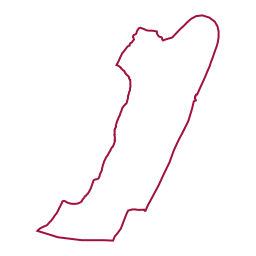 the district of Mad, Vientiane, Laos
{"feature_id": "54806243B62258390491570", "entity_name": "Mad", "entity_type": "district", "adm_level": 2, "iso_a3": "LAO", "parent_name": "Laos", "parent_adm1": "Vientiane", "projection": "albers", "projection_center": [101.829, 18.685], "detail": "fine", "context": "isolated", "style": "outline", "palette": "rose", "viewbox_px": 256, "rotation_deg": 0, "n_neighbors": 0, "source": "geoboundaries", "source_scale": "gbopen_adm2", "svg_char_len": 5445}
<svg xmlns="http://www.w3.org/2000/svg" viewBox="0 0 256 256"><path d="M197.2,94.5L200.0,88.1L202.5,82.7L205.2,76.7L207.6,70.8L209.6,66.4L211.0,61.9L212.9,57.1L214.1,53.4L216.7,46.2L217.8,42.4L218.6,37.1L218.6,31.5L217.5,26.4L214.8,21.7L209.4,17.6L202.4,15.4L196.2,16.1L191.0,18.9L186.7,22.8L183.4,26.2L180.5,28.8L172.1,37.6L168.4,38.6L164.6,39.8L163.1,40.5L162.3,39.7L161.9,37.7L160.9,37.0L159.8,36.9L158.5,36.2L157.9,35.0L157.1,33.9L156.8,31.4L155.2,31.2L153.4,30.8L151.8,30.7L150.4,30.7L148.6,30.6L146.5,30.3L144.5,29.3L141.9,28.3L140.6,27.7L139.0,28.2L138.3,29.1L137.5,30.2L136.9,31.4L136.3,33.5L135.5,34.3L134.6,34.7L133.7,35.0L133.3,35.7L132.9,36.7L133.1,37.2L133.6,38.1L134.0,39.5L133.5,40.2L132.5,41.3L131.8,42.5L130.9,43.0L129.9,43.8L129.7,44.7L129.7,45.5L128.8,45.8L127.6,46.5L126.7,47.6L124.5,50.5L123.8,51.5L122.2,53.2L121.3,55.2L120.2,57.4L119.2,59.9L118.1,62.1L116.5,65.0L117.3,65.3L117.6,65.4L118.3,65.8L118.9,66.1L119.1,66.3L119.4,66.6L119.7,66.8L120.2,67.0L120.4,67.1L120.6,67.3L120.7,67.5L120.8,67.6L120.9,67.9L121.0,68.1L121.0,68.3L121.3,68.6L121.8,69.0L122.1,69.3L122.3,69.5L122.8,70.0L123.4,70.6L123.6,70.6L123.9,70.7L124.0,70.7L124.3,71.1L124.5,71.3L124.6,71.5L124.7,71.8L124.8,72.3L124.9,72.5L125.0,72.8L125.3,73.0L125.5,73.1L125.6,73.3L125.7,73.5L125.8,73.8L125.9,74.0L126.7,74.7L126.9,74.9L127.2,75.1L127.3,75.2L127.4,75.4L127.5,75.6L127.9,75.9L128.3,76.1L128.4,76.3L128.5,76.5L129.2,77.3L129.0,78.0L129.2,78.5L129.4,78.9L129.8,79.8L129.9,80.0L130.2,80.0L130.2,80.5L130.2,80.9L130.3,81.3L130.4,82.1L130.3,82.5L130.3,83.5L130.4,85.5L130.4,86.3L130.4,86.7L130.3,87.4L130.0,88.7L130.0,89.1L130.0,89.8L129.9,90.3L129.8,90.5L129.7,91.1L129.5,91.3L129.1,92.2L129.0,92.7L128.9,93.0L128.8,93.8L128.7,94.1L128.6,94.4L128.6,94.8L128.4,95.1L128.2,95.4L128.1,95.7L128.0,95.9L128.0,96.3L128.0,96.7L128.1,97.8L128.0,98.0L127.9,98.3L127.8,98.7L127.5,99.7L127.3,100.4L127.1,101.3L127.1,101.5L126.8,102.0L126.8,102.3L126.6,102.9L126.5,103.2L126.4,103.5L126.0,103.8L125.7,104.0L125.2,104.4L124.9,104.7L124.4,105.3L124.2,105.5L123.8,105.9L123.6,106.2L123.5,106.4L123.1,107.0L122.9,107.2L122.6,107.4L122.0,109.1L121.7,109.9L121.5,110.3L121.5,110.6L121.3,111.1L121.1,111.6L120.8,112.2L120.6,112.6L120.5,113.0L120.2,113.9L120.2,114.2L120.0,114.4L119.9,114.7L119.8,115.3L119.6,115.7L119.4,115.9L119.4,116.2L119.3,116.4L119.2,116.7L118.7,117.3L118.5,117.8L118.4,118.1L118.2,118.3L118.2,118.6L118.2,118.9L118.1,119.2L118.0,119.4L117.8,119.6L117.7,119.8L117.5,120.3L117.4,120.8L117.2,120.9L117.0,121.2L116.9,121.8L116.7,122.7L116.4,123.6L116.3,123.9L115.9,125.1L115.8,125.4L115.9,125.8L116.0,126.1L116.1,126.4L116.0,126.7L116.0,127.0L115.8,127.2L115.6,127.6L115.4,127.9L115.1,128.4L115.0,128.5L115.0,128.9L115.0,129.1L114.9,129.4L114.6,129.8L114.5,130.1L114.5,130.6L114.7,130.9L114.7,131.2L114.7,131.6L114.6,132.1L114.6,132.9L114.7,134.3L114.8,134.8L114.7,135.0L114.6,135.3L114.4,135.3L114.7,136.4L114.8,137.6L115.0,138.8L114.8,139.0L114.7,139.7L114.7,140.3L114.7,140.5L115.1,140.9L114.6,141.8L114.6,142.0L113.5,145.3L112.9,146.3L112.9,146.6L112.5,146.8L111.6,147.9L111.0,148.9L110.6,149.6L110.5,149.8L110.6,150.2L109.9,151.2L109.3,152.2L108.8,153.1L108.4,154.0L107.5,155.5L106.7,156.5L106.0,157.6L105.4,158.8L104.9,160.0L104.5,160.6L104.1,161.5L103.8,162.5L103.7,162.8L103.3,163.9L103.3,164.2L102.9,164.9L102.7,166.0L102.4,167.2L102.1,168.6L101.9,169.3L101.9,169.8L101.8,170.2L101.4,171.4L100.9,172.3L100.5,172.9L100.2,173.9L99.9,174.4L99.7,174.8L99.7,175.3L99.7,175.8L99.5,176.4L98.7,178.1L97.9,178.8L97.1,179.2L95.9,179.3L94.7,179.7L94.1,179.9L93.8,180.1L93.3,180.9L93.1,181.3L93.1,181.6L93.2,182.0L93.1,182.4L92.5,183.3L92.2,184.5L91.7,185.7L91.4,186.6L91.1,187.7L89.6,190.6L89.4,191.2L88.7,192.3L87.9,193.5L86.9,194.5L86.3,195.2L86.0,195.8L85.5,196.0L85.0,196.3L84.5,197.0L84.3,197.4L83.2,198.8L82.7,199.4L82.2,200.2L81.8,200.8L81.8,201.2L81.3,201.5L80.8,202.1L80.1,202.5L79.7,202.7L79.1,202.9L77.6,203.5L76.5,203.7L75.5,203.8L74.7,203.9L73.8,203.8L72.6,203.9L72.0,203.7L71.5,203.8L70.6,203.6L68.3,202.9L67.8,202.8L66.8,202.3L65.6,201.5L65.0,201.2L64.3,201.1L63.6,201.0L63.0,201.1L62.6,201.3L62.3,201.6L62.1,202.1L61.9,202.7L61.8,203.2L61.6,203.5L61.4,203.9L61.0,204.7L60.6,205.6L59.5,207.7L59.1,208.2L58.9,208.9L58.5,209.6L58.1,210.5L57.7,211.4L57.1,212.3L56.5,213.5L55.9,214.2L55.6,214.5L55.0,215.4L54.1,216.4L53.6,217.5L52.8,218.6L51.9,219.6L51.6,220.1L51.1,220.8L50.6,221.3L50.0,221.7L49.3,222.5L48.9,223.0L48.6,223.3L48.4,223.6L48.1,224.0L47.9,224.2L47.5,224.6L46.4,225.5L45.2,226.0L44.8,226.1L43.8,226.5L43.4,226.7L41.4,227.7L39.9,228.6L39.5,228.9L38.2,230.0L37.4,230.9L58.2,237.3L81.8,240.2L103.5,240.2L113.1,240.6L114.7,236.5L117.6,233.1L120.8,228.7L126.5,213.9L128.1,210.6L132.0,209.5L134.8,209.4L138.6,209.9L143.9,209.7L143.9,210.0L144.0,210.1L144.4,210.3L144.7,210.5L145.0,210.8L145.5,210.8L146.4,208.7L147.7,205.7L153.0,195.8L158.6,185.4L163.8,174.1L169.5,162.4L173.8,150.4L178.1,141.1L182.9,131.9L188.3,121.1L190.3,114.6L192.1,108.5L193.8,101.4L194.1,101.1L194.5,101.0L194.6,100.9L194.8,100.7L195.0,100.6L195.3,100.5L195.6,100.5L195.8,100.5L195.9,100.4L195.9,100.2L195.8,99.8L195.7,99.6L195.5,99.4L195.4,99.2L195.2,98.8L195.1,98.7L195.1,98.4L195.1,98.2L195.0,98.3L194.9,98.4L194.8,98.2L195.0,97.8L195.0,97.3L195.1,97.2L195.1,96.9L195.1,96.7L195.4,96.6L195.4,96.3L195.4,96.0L195.5,95.8L195.5,95.6L195.9,95.3L196.1,95.1L196.1,94.6L196.3,94.5L196.6,94.6L197.0,94.5L197.2,94.5Z" fill="none" stroke="#9f1239" stroke-width="2"/></svg>